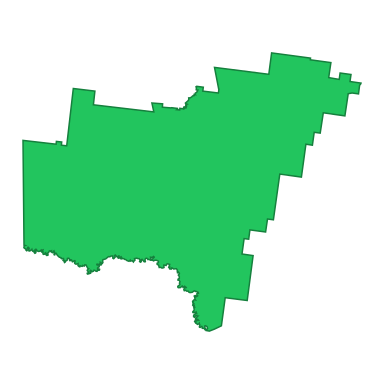 Wentworth, New South Wales, Australia
{"feature_id": "25037944B48452017149194", "entity_name": "Wentworth", "entity_type": "district", "adm_level": 2, "iso_a3": "AUS", "parent_name": "Australia", "parent_adm1": "New South Wales", "projection": "orthographic", "projection_center": [141.921, -33.671], "detail": "fine", "context": "isolated", "style": "filled", "palette": "green", "viewbox_px": 384, "rotation_deg": 0, "n_neighbors": 0, "source": "geoboundaries", "source_scale": "gbopen_adm2", "svg_char_len": 5918}
<svg xmlns="http://www.w3.org/2000/svg" viewBox="0 0 384 384"><path d="M344.9,115.9L348.2,93.7L352.1,93.0L358.5,93.9L359.6,85.3L360.8,83.8L361.0,83.1L350.0,81.5L351.0,74.5L340.1,73.0L339.2,79.4L328.7,77.6L330.9,62.6L310.3,59.8L310.5,58.1L271.6,52.9L268.8,74.3L214.5,67.4L218.7,89.1L218.9,89.2L218.4,93.0L202.8,91.1L203.3,87.2L196.7,86.3L196.1,86.7L196.5,87.2L196.2,87.5L196.4,88.7L196.2,89.7L197.2,89.9L197.2,90.5L197.8,90.3L197.5,91.1L196.4,92.6L195.4,93.0L195.0,94.1L195.3,94.6L194.3,94.4L194.3,95.5L193.5,95.4L193.2,95.9L192.5,96.0L192.0,96.7L190.3,97.8L188.7,97.9L188.8,99.0L188.4,100.4L185.4,103.1L185.6,103.6L187.2,104.2L186.4,104.6L186.5,105.7L185.8,105.4L185.8,106.2L185.3,106.5L186.3,106.8L186.1,107.9L184.4,107.8L183.7,107.3L183.6,107.6L184.4,108.6L183.8,109.0L183.3,108.3L183.0,108.8L179.9,108.3L179.7,110.0L177.0,109.7L177.7,109.3L177.4,108.4L171.5,107.7L170.9,107.9L162.4,107.2L162.6,103.8L151.9,103.0L153.8,111.9L93.4,104.8L94.9,91.1L73.3,88.5L66.7,145.8L61.4,145.2L61.7,142.0L56.4,141.4L56.1,144.2L23.0,140.4L24.0,245.2L25.2,245.5L24.2,245.9L23.9,247.7L24.9,248.6L25.8,248.9L26.0,250.2L26.8,250.8L27.2,250.4L26.7,249.5L27.7,248.8L27.7,247.4L28.2,247.2L29.2,248.3L28.6,249.5L29.0,251.0L29.9,251.0L30.3,250.4L31.4,250.0L31.9,249.3L32.3,250.7L32.7,251.2L34.4,251.1L34.5,251.5L34.1,252.4L34.9,253.3L35.6,253.0L35.9,252.3L35.7,250.8L34.6,250.3L35.5,249.3L36.4,249.4L37.1,250.9L38.8,251.5L39.8,251.2L40.9,250.3L40.9,251.0L41.6,251.2L41.9,250.2L42.9,249.9L42.6,250.6L42.9,251.3L41.7,251.9L42.0,252.2L42.9,252.0L43.0,254.0L43.6,254.4L44.5,254.2L45.2,252.9L45.6,252.7L45.6,253.9L46.1,254.9L46.9,255.5L48.0,255.1L48.0,254.3L47.2,253.6L47.8,253.4L47.9,252.8L48.7,252.5L49.0,251.5L49.5,250.9L50.1,250.8L50.7,251.5L51.5,250.9L51.5,252.0L52.3,252.7L53.3,252.2L53.5,251.2L54.0,250.8L54.7,252.6L54.0,253.9L54.1,254.7L54.7,254.9L55.3,253.5L56.2,253.3L57.4,255.4L59.3,257.2L61.1,257.7L61.1,258.4L61.4,258.7L63.5,258.5L63.6,259.1L63.0,260.4L63.4,260.7L64.2,260.4L64.6,260.7L64.2,261.6L64.5,262.5L65.3,262.0L65.5,261.2L67.1,260.3L67.4,258.4L68.7,258.2L69.2,258.5L69.4,259.8L69.9,260.7L70.3,260.6L70.0,259.6L71.5,259.9L72.4,261.8L72.9,261.7L74.3,260.7L74.9,260.7L75.1,261.4L74.6,262.9L74.8,263.5L76.0,264.2L78.1,263.5L78.0,265.6L79.4,266.8L80.0,266.7L80.1,265.7L82.1,266.4L82.6,266.1L82.8,265.4L84.2,266.1L84.6,265.8L84.8,264.8L86.0,264.9L87.7,268.2L88.7,268.7L87.2,270.2L87.3,270.7L88.7,272.1L88.5,272.6L87.2,273.2L87.2,273.7L87.7,274.1L90.6,273.2L90.9,272.3L90.2,270.9L90.6,270.3L91.1,270.5L91.9,271.6L92.4,271.7L93.4,271.2L93.9,270.2L94.8,270.3L95.5,271.0L96.9,271.4L97.4,270.9L97.6,269.6L98.4,270.3L99.3,270.2L99.6,269.7L99.5,269.1L98.0,268.8L97.5,268.1L98.0,267.4L99.2,266.8L99.2,265.8L98.8,264.9L97.3,265.1L96.9,264.8L96.8,264.3L97.3,264.1L98.3,264.7L99.4,263.9L100.4,265.0L101.2,264.9L101.5,264.6L101.5,263.9L100.3,262.3L100.8,262.3L101.5,263.3L102.4,263.3L102.9,262.5L102.6,260.9L102.9,259.7L105.7,258.9L108.5,256.6L109.9,256.8L110.7,256.2L112.4,255.9L112.7,256.2L112.9,258.3L113.7,258.7L115.1,257.2L114.5,255.5L115.3,255.0L117.1,256.9L117.9,256.8L118.6,255.9L119.1,256.0L119.0,256.5L117.9,257.3L118.0,257.9L118.5,258.2L119.2,258.1L121.1,256.7L121.3,257.0L120.7,258.5L121.0,258.9L121.4,258.9L122.2,258.2L122.7,258.7L124.0,258.7L124.7,259.4L125.8,259.6L127.0,260.6L129.0,261.3L130.2,260.1L130.5,261.1L132.3,260.7L133.4,262.0L134.0,261.0L135.0,260.1L134.5,258.6L136.8,258.1L138.0,258.7L139.2,258.6L140.1,260.3L139.6,261.6L140.6,262.2L141.2,261.7L141.3,259.7L142.0,259.3L144.2,261.8L145.2,261.8L145.4,261.4L145.0,260.3L145.1,259.4L145.5,258.6L146.1,258.3L147.0,258.3L148.0,259.6L148.7,259.2L150.5,260.2L151.7,260.2L152.0,259.7L150.9,258.9L150.5,257.2L152.2,257.4L153.6,256.4L154.1,256.9L154.2,257.3L153.2,258.1L152.5,259.3L152.6,260.3L153.5,260.9L155.0,260.2L156.7,260.3L158.3,261.1L158.5,262.2L158.1,262.8L157.2,263.1L157.0,264.0L157.3,264.5L158.6,265.1L159.2,267.5L160.5,267.3L162.0,268.1L163.8,267.7L164.1,267.3L163.7,265.7L163.9,265.0L166.1,265.5L166.8,264.1L167.5,263.8L169.7,264.4L168.8,267.2L169.7,267.2L169.3,268.0L169.6,268.9L171.2,269.1L171.5,268.0L171.9,267.9L173.7,269.0L176.3,268.7L177.4,270.0L177.2,270.8L177.5,272.8L178.1,272.8L178.4,272.1L179.4,273.3L179.3,274.0L178.3,275.1L179.3,276.5L179.3,278.5L178.2,279.0L177.9,280.0L179.2,280.4L180.0,281.7L179.4,283.2L179.9,284.1L179.8,284.7L177.8,286.3L177.8,287.1L178.3,287.7L180.4,287.6L182.2,286.0L183.0,287.3L184.6,286.2L186.2,287.5L185.9,287.8L184.8,287.6L184.3,288.3L183.8,289.7L184.3,290.7L185.6,290.2L186.5,291.1L188.3,291.2L189.0,292.3L190.1,292.6L192.2,292.3L194.0,291.0L194.7,290.8L195.4,291.5L196.2,291.4L198.2,292.3L198.4,293.3L197.3,293.2L196.8,293.9L197.0,295.1L197.7,295.8L197.5,296.1L196.9,296.4L195.2,295.5L194.2,296.1L194.5,296.5L195.6,296.2L196.0,296.5L195.9,296.9L194.7,297.4L195.1,299.3L195.5,300.0L194.2,299.7L192.6,301.3L192.7,301.7L193.3,301.9L192.8,302.5L192.8,303.0L193.8,303.6L192.8,304.7L192.7,305.2L193.0,305.4L194.3,305.3L194.2,306.0L193.7,306.6L194.7,307.2L193.8,307.9L194.3,309.0L193.8,310.8L192.9,311.5L192.8,312.3L193.2,312.7L194.2,312.3L195.2,312.7L196.1,311.9L196.7,313.6L195.5,313.5L195.2,314.0L194.2,314.6L193.6,315.6L193.6,316.7L194.9,317.5L195.2,316.3L195.9,315.6L198.0,316.0L197.0,316.8L196.7,317.7L195.5,319.2L196.2,319.9L197.8,319.4L198.6,320.3L194.9,320.9L194.6,321.6L195.2,322.2L195.9,321.8L195.7,323.1L196.9,323.8L197.4,324.4L198.6,324.0L199.3,323.2L199.4,324.2L199.9,325.0L199.4,326.3L199.5,327.2L200.1,327.4L201.8,326.4L202.2,327.0L202.3,328.3L204.2,328.4L205.0,329.7L205.6,329.7L205.9,329.3L205.0,328.0L204.7,326.0L205.3,325.7L206.7,326.3L207.2,326.9L207.6,328.6L206.8,329.5L205.9,329.9L206.0,330.5L209.4,331.1L214.5,329.1L221.4,325.8L225.2,297.7L247.2,300.5L253.1,255.6L242.0,254.0L244.1,238.6L248.7,239.2L249.9,229.9L265.6,232.0L267.5,219.0L273.4,219.8L279.8,174.1L301.4,177.1L305.9,144.2L312.4,145.2L314.2,132.3L320.2,133.1L323.3,112.8L344.9,115.9Z" fill="#22c55e" stroke="#15803d" stroke-width="1.5"/></svg>